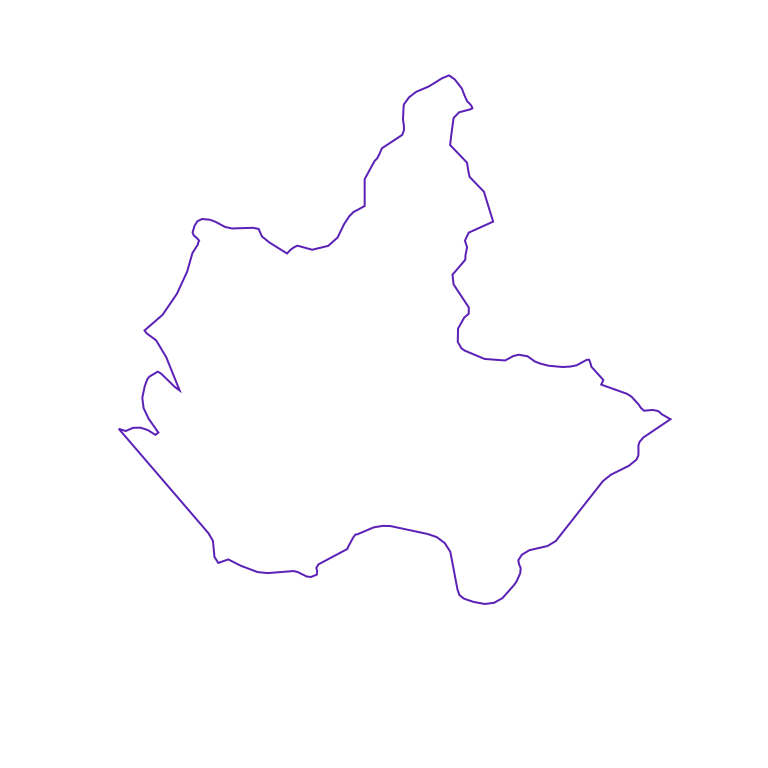 map outline of Choluteca (orthographic projection), rotated 53°
{"feature_id": "HND-661", "entity_name": "Choluteca", "entity_type": "Department", "adm_level": 1, "iso_a3": "HND", "parent_name": "Honduras", "parent_adm1": "", "projection": "orthographic", "projection_center": [-87.137, 13.37], "detail": "fine", "context": "isolated", "style": "outline", "palette": "violet", "viewbox_px": 768, "rotation_deg": 53, "n_neighbors": 0, "source": "natural_earth", "source_scale": "10m", "svg_char_len": 2385}
<svg xmlns="http://www.w3.org/2000/svg" viewBox="0 0 768 768"><g transform="rotate(53 384 384)"><path d="M607.9,446.4L603.6,449.3L598.0,450.8L592.4,449.0L557.9,432.0L547.6,431.2L538.0,434.0L530.1,439.4L501.4,464.3L496.6,470.3L492.3,478.5L488.0,495.8L487.0,497.5L488.1,501.1L492.6,510.9L493.7,512.5L488.6,544.8L490.1,548.7L493.5,550.2L495.8,552.4L494.2,558.4L491.2,561.6L482.4,566.0L479.0,568.7L465.0,590.7L458.2,598.1L442.9,607.8L430.4,613.9L427.2,624.0L420.1,623.5L406.3,615.0L397.4,614.0L260.1,622.8L260.3,622.7L266.1,618.6L268.0,610.7L272.4,604.7L278.8,600.3L287.0,597.2L287.0,593.4L270.4,592.9L258.5,590.5L249.5,585.3L241.7,576.3L237.8,570.2L236.9,566.9L238.0,557.2L241.8,555.7L260.1,552.9L266.2,551.1L231.6,541.8L212.0,539.7L200.9,543.0L197.1,543.0L195.5,519.3L187.3,495.0L175.8,473.6L164.2,458.3L160.5,448.5L159.7,448.0L158.3,445.4L154.8,445.6L150.8,446.5L147.8,445.7L143.7,440.2L141.7,435.2L142.7,430.1L147.9,424.3L153.0,421.0L163.0,416.4L168.3,411.8L180.3,394.8L184.7,390.8L192.8,392.7L202.2,390.3L221.4,382.9L220.6,377.7L220.6,374.1L221.4,369.9L233.6,360.5L240.1,345.4L239.1,332.9L232.4,319.9L229.1,310.7L228.3,305.0L230.2,292.3L208.8,276.2L200.3,257.5L199.6,253.4L197.2,248.5L194.5,243.9L196.0,219.5L193.4,215.4L189.3,212.4L184.3,209.8L173.8,201.0L172.6,199.6L170.1,191.4L170.0,182.6L173.3,169.3L174.8,153.4L176.7,146.3L183.3,144.2L194.9,144.0L201.8,146.0L208.5,147.5L211.2,146.9L214.7,146.8L217.0,147.5L216.5,150.0L212.2,160.5L213.4,168.3L224.8,179.6L232.9,187.4L257.2,184.5L264.3,188.3L270.1,191.0L290.6,188.5L320.0,199.1L314.1,225.2L318.2,233.1L324.7,235.3L329.9,241.1L333.7,244.4L336.3,256.0L337.9,263.5L346.3,268.5L373.9,270.2L378.9,274.1L379.2,279.9L384.3,291.5L394.8,299.8L402.2,300.7L406.2,299.3L424.5,288.6L438.1,273.1L439.5,263.9L441.6,258.9L448.2,252.7L457.0,249.9L461.7,246.9L468.3,241.7L477.8,231.3L482.2,224.7L485.0,218.9L486.7,207.6L488.0,205.6L492.0,206.7L495.0,208.0L512.8,206.4L515.2,210.9L538.2,195.8L543.0,194.0L553.2,193.0L557.8,193.2L561.8,192.4L566.6,184.8L570.8,181.2L575.5,180.3L584.1,176.6L584.5,176.4L582.8,209.1L584.0,214.7L586.3,217.9L588.8,219.7L594.0,223.7L596.3,227.7L596.7,237.5L593.0,257.2L593.3,267.6L612.8,341.3L611.8,350.9L604.2,367.9L603.3,376.7L605.6,382.8L609.2,384.6L613.2,385.6L617.1,389.1L621.4,396.9L622.7,400.6L626.3,418.2L625.0,427.7L620.4,435.8L612.2,443.4L607.9,446.4Z" fill="none" stroke="#5b21b6" stroke-width="2"/></g></svg>